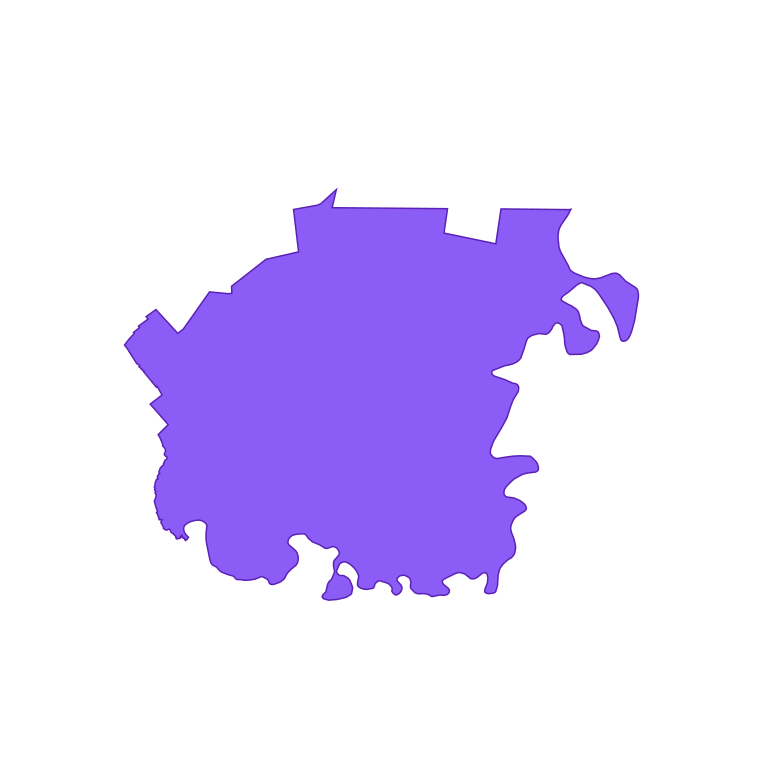 San Vicente Tancuayalab, San Luis Potosí, Mexico, rotated 42°
{"feature_id": "50627088B66323270500820", "entity_name": "San Vicente Tancuayalab", "entity_type": "district", "adm_level": 2, "iso_a3": "MEX", "parent_name": "Mexico", "parent_adm1": "San Luis Potosí", "projection": "albers", "projection_center": [-98.55, 21.813], "detail": "fine", "context": "isolated", "style": "filled", "palette": "violet", "viewbox_px": 768, "rotation_deg": 42, "n_neighbors": 0, "source": "geoboundaries", "source_scale": "gbopen_adm2", "svg_char_len": 6170}
<svg xmlns="http://www.w3.org/2000/svg" viewBox="0 0 768 768"><g transform="rotate(42 384 384)"><path d="M341.3,628.7L337.6,628.5L334.6,627.7L332.0,625.7L330.8,623.9L330.5,621.9L331.3,618.3L332.2,616.0L334.1,612.8L336.8,609.6L338.7,608.2L341.6,607.0L344.7,606.8L347.1,607.7L351.4,613.7L355.1,618.0L358.1,620.6L371.2,630.4L374.5,632.5L377.0,633.3L379.1,633.0L382.1,632.1L386.0,632.7L389.1,632.5L394.8,630.4L400.6,627.6L404.6,627.9L405.7,627.7L407.7,625.8L411.7,623.2L415.2,619.8L418.9,615.1L421.6,609.3L423.2,608.4L427.7,607.2L429.9,607.5L431.7,608.7L433.8,608.7L434.9,608.0L436.3,606.5L438.6,602.2L439.4,600.4L440.2,596.8L440.0,594.0L439.1,591.3L438.7,588.0L439.0,583.2L439.9,577.5L439.2,574.3L437.7,571.9L435.6,569.6L432.7,567.8L430.2,567.0L420.8,567.1L419.2,566.5L417.9,565.2L416.9,563.2L416.7,560.0L417.2,557.9L418.7,555.3L421.3,552.2L425.1,548.7L427.2,548.4L431.0,549.3L436.4,549.2L444.1,546.5L449.7,545.6L451.3,544.7L451.9,544.0L454.5,539.4L455.8,538.3L457.3,537.7L460.3,537.7L462.6,538.6L464.1,539.7L464.9,541.3L465.1,548.2L465.5,549.8L468.4,553.2L472.5,556.2L472.9,556.7L473.9,559.0L475.7,564.4L475.4,567.8L476.1,570.5L479.8,577.3L479.7,581.8L480.2,583.3L481.2,583.9L482.8,584.0L487.5,581.7L493.4,575.4L498.5,568.1L500.1,563.1L500.1,561.4L497.1,556.4L493.4,554.3L489.5,552.6L486.9,552.4L483.1,553.1L481.7,553.7L479.0,556.1L476.1,556.0L473.9,555.0L471.4,547.6L471.9,545.1L472.9,543.4L474.7,541.8L477.2,541.0L481.0,540.5L485.7,540.8L488.8,541.4L493.4,543.4L494.6,544.8L496.7,548.6L498.8,551.1L499.5,551.4L501.5,551.7L503.4,551.3L506.3,549.9L508.5,548.3L512.6,543.1L512.4,541.1L511.2,538.9L511.0,537.2L511.7,534.0L512.7,533.0L519.4,529.9L521.7,529.3L525.5,529.7L527.1,530.7L528.5,532.8L530.9,533.4L533.1,533.3L533.7,533.0L534.8,531.9L535.5,529.3L535.5,527.3L535.2,525.7L533.9,523.5L531.6,522.1L525.6,521.5L524.6,520.8L524.2,520.2L523.8,518.8L524.1,516.0L526.3,513.2L528.2,512.0L533.0,511.0L536.8,513.4L538.8,516.5L540.0,517.6L541.5,518.1L546.8,518.4L549.7,517.1L553.8,513.2L555.9,511.7L557.8,510.8L561.0,510.2L562.0,509.8L566.6,503.6L570.2,500.8L571.7,498.4L572.0,497.0L571.9,495.2L571.0,493.9L570.3,493.3L568.7,492.8L562.6,493.1L560.9,492.8L559.2,491.5L559.0,490.3L559.2,488.7L564.1,476.5L565.1,474.8L566.2,473.7L568.3,472.4L571.2,471.1L578.7,470.7L580.9,469.0L581.9,467.4L582.8,464.6L583.8,458.4L585.2,456.6L586.7,456.3L588.1,456.4L590.9,458.6L594.0,462.7L596.2,468.7L597.5,470.7L598.3,471.2L600.1,471.0L602.2,469.7L605.0,466.4L605.9,464.7L605.9,463.5L603.2,457.8L596.8,449.8L594.4,445.5L593.6,443.3L593.2,440.9L593.0,438.0L593.3,434.3L593.8,431.3L594.8,428.3L595.0,425.8L594.6,423.1L593.6,421.0L591.2,417.4L590.0,416.2L584.6,412.4L578.6,409.3L575.0,406.9L573.3,404.6L572.4,402.6L571.1,398.3L570.8,395.6L571.2,392.8L573.6,384.4L573.7,382.8L573.2,381.3L571.7,380.2L569.3,379.3L566.2,379.3L562.1,379.9L556.7,381.8L551.2,385.6L549.2,386.2L546.9,385.6L545.4,384.0L544.1,381.8L543.5,378.0L543.8,371.2L544.3,367.2L547.6,357.9L550.1,354.4L555.7,347.8L556.3,345.6L556.2,344.8L555.0,343.1L552.0,340.9L550.0,340.1L544.4,339.5L541.0,339.8L533.3,346.2L528.7,350.7L524.2,355.9L518.0,363.6L516.2,364.8L514.3,365.3L511.9,365.1L509.8,364.6L508.0,362.8L506.6,360.6L504.2,354.5L503.3,351.5L500.8,338.5L498.1,327.2L493.4,316.6L490.6,309.5L488.8,299.7L486.6,296.5L484.8,295.5L483.2,295.2L481.1,295.9L479.4,297.1L470.5,300.0L461.4,304.0L459.7,304.5L457.8,304.3L456.2,303.3L455.8,301.9L456.0,300.7L461.6,289.5L464.1,286.3L466.2,282.9L468.0,278.7L468.4,275.3L468.3,273.3L465.1,265.4L460.9,256.4L460.2,253.5L460.9,250.3L462.0,247.9L465.4,242.8L470.7,239.0L471.6,237.8L472.3,234.9L471.9,230.9L471.0,228.4L470.7,224.5L471.6,222.7L473.9,221.6L477.3,221.6L484.5,226.8L487.8,229.5L490.7,232.5L494.2,235.2L498.7,237.7L500.5,238.0L502.4,237.7L510.6,230.0L513.9,224.9L515.5,220.3L515.6,217.7L515.3,212.5L513.8,207.5L512.1,204.2L509.1,202.2L507.7,202.1L506.3,202.5L502.1,205.5L492.9,207.6L490.4,206.8L487.0,204.9L482.5,201.6L479.8,200.2L476.9,199.7L471.0,200.5L467.1,201.7L460.3,203.1L459.3,202.8L458.6,201.8L458.2,200.6L458.3,197.8L459.6,192.7L461.1,181.3L462.5,177.2L463.3,176.3L472.7,172.9L477.8,172.4L483.1,173.2L499.1,177.3L511.3,181.5L519.2,185.3L528.8,191.8L531.0,192.8L532.2,192.7L533.2,192.1L534.3,190.8L534.9,189.4L535.1,187.7L534.9,185.3L534.0,182.3L532.4,178.3L527.9,169.4L515.4,149.8L513.1,147.1L509.6,144.5L507.9,144.0L505.7,144.1L494.8,145.9L486.2,145.2L483.8,145.7L482.2,146.4L479.5,149.3L473.8,160.4L470.1,165.1L465.3,168.5L460.5,170.9L450.6,174.4L446.2,174.8L441.7,172.7L426.9,167.6L422.6,165.3L414.8,158.3L411.5,153.6L410.1,150.7L409.1,146.8L407.8,136.5L406.0,129.1L404.8,130.6L353.8,175.6L373.3,205.0L327.6,231.7L313.9,211.2L227.5,287.7L218.5,271.4L216.4,292.5L214.8,295.8L200.0,314.8L232.1,343.0L212.9,370.2L205.3,413.4L210.3,418.5L207.7,421.2L192.7,432.3L198.1,477.6L196.9,484.3L164.7,481.3L162.1,493.1L165.2,493.6L162.8,505.4L164.6,505.7L163.3,513.3L164.9,513.5L164.6,513.5L164.5,521.1L165.1,528.7L168.8,529.3L186.6,534.3L190.0,533.6L190.2,535.1L194.0,535.0L194.0,535.4L197.2,535.0L197.1,535.7L217.0,538.7L217.1,537.6L226.4,540.7L223.7,555.4L250.8,558.6L250.0,572.7L253.1,573.7L258.8,576.3L261.4,578.3L262.5,578.1L265.3,578.9L266.7,580.4L267.3,581.5L267.4,582.7L268.0,583.5L269.8,583.8L272.2,583.5L272.8,586.0L272.2,587.2L273.2,589.6L273.1,590.1L274.2,591.6L273.9,596.0L275.4,599.7L276.1,600.0L276.3,600.7L277.1,600.5L277.2,603.9L278.1,605.1L278.6,605.1L279.6,606.0L278.7,607.2L279.3,607.9L279.4,609.4L281.2,612.1L281.9,612.6L281.8,613.2L282.4,614.4L283.8,615.0L284.6,616.4L286.4,616.5L286.6,618.0L288.4,618.9L289.0,618.7L290.1,620.5L291.6,624.6L292.6,624.9L292.8,625.5L296.8,628.1L301.1,630.4L301.2,631.0L300.8,631.6L301.1,632.0L303.2,632.4L304.2,633.3L305.7,633.8L306.4,634.5L306.8,634.4L307.6,635.3L308.2,634.9L308.3,634.3L309.1,634.4L309.9,633.4L310.7,636.0L311.2,636.4L315.6,637.8L316.6,638.8L318.1,638.9L320.4,638.0L321.2,635.7L322.6,635.4L324.1,636.4L325.2,636.7L327.4,636.4L331.5,636.6L332.3,637.7L334.3,636.6L334.3,637.0L335.7,635.0L335.0,633.9L334.8,632.1L335.2,632.0L335.1,631.6L336.4,632.2L336.2,632.6L336.5,633.2L338.0,632.9L338.0,632.5L339.3,632.1L340.1,633.0L341.3,633.1L341.6,631.5L341.3,628.7Z" fill="#8b5cf6" stroke="#5b21b6" stroke-width="1.5"/></g></svg>